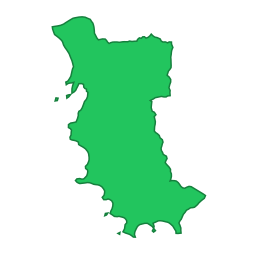 Porto Alegre, Rio Grande do Sul, Brazil, rotated 3°
{"feature_id": "56859067B13821039974926", "entity_name": "Porto Alegre", "entity_type": "district", "adm_level": 2, "iso_a3": "BRA", "parent_name": "Brazil", "parent_adm1": "Rio Grande do Sul", "projection": "albers", "projection_center": [-51.167, -30.1], "detail": "fine", "context": "isolated", "style": "filled", "palette": "green", "viewbox_px": 256, "rotation_deg": 3, "n_neighbors": 0, "source": "geoboundaries", "source_scale": "gbopen_adm2", "svg_char_len": 4193}
<svg xmlns="http://www.w3.org/2000/svg" viewBox="0 0 256 256"><g transform="rotate(3 128 128)"><path d="M168.6,45.2L167.1,42.0L166.9,39.9L164.6,39.9L163.1,40.9L160.9,40.1L158.3,40.3L156.6,39.4L155.5,37.4L152.4,36.2L149.9,35.8L147.9,34.5L146.3,33.0L145.0,34.9L143.4,36.4L141.3,37.3L139.6,36.0L137.9,36.2L136.6,37.7L134.6,37.4L132.9,39.1L132.3,40.8L130.0,41.0L127.4,41.4L125.0,41.1L123.2,41.9L120.2,42.0L118.1,42.2L114.9,42.9L112.4,42.7L110.5,42.8L108.3,43.0L106.2,43.7L104.7,44.6L103.0,43.2L102.0,41.7L100.6,40.4L97.9,40.4L93.8,41.5L92.2,39.7L90.6,36.9L89.5,35.1L89.3,32.7L88.7,29.0L88.1,26.9L87.4,25.1L86.1,23.6L84.6,21.5L81.5,20.4L79.4,19.6L76.4,19.4L73.2,19.8L69.4,20.7L67.3,21.3L64.4,23.2L60.1,26.2L58.3,27.6L55.3,29.0L52.3,29.8L49.3,30.4L47.1,30.9L47.5,33.0L48.7,36.0L49.8,38.5L52.5,40.3L54.7,41.9L57.3,44.2L58.3,45.8L59.3,48.5L61.0,51.1L62.8,53.3L65.3,56.8L66.8,60.2L68.5,63.7L69.3,66.1L70.4,69.8L69.6,71.6L69.2,73.5L68.8,76.0L68.2,79.4L66.7,82.3L65.4,84.4L63.5,85.4L64.1,88.0L65.6,86.8L67.3,86.2L69.4,85.9L71.5,85.2L70.5,88.6L70.0,91.8L70.1,94.3L70.2,96.2L72.4,94.7L73.8,93.1L74.6,91.1L75.7,88.7L76.6,86.3L79.5,86.1L81.3,86.8L81.7,89.5L82.9,90.8L84.5,91.4L84.6,93.4L86.1,94.5L86.0,96.5L85.9,98.9L84.9,101.6L83.2,103.8L82.2,107.2L81.1,110.5L79.8,112.8L78.1,113.9L77.5,115.9L77.7,118.2L77.0,121.4L75.8,124.7L72.6,125.6L70.4,126.1L68.4,127.7L68.5,130.7L70.4,131.6L71.7,133.1L71.5,135.0L71.5,138.0L70.5,140.2L71.0,142.3L72.7,142.9L75.0,143.2L76.9,143.6L79.2,144.7L79.6,147.1L81.4,148.1L83.3,149.0L84.9,149.9L86.7,151.1L89.0,153.7L90.0,155.7L90.7,159.4L90.8,162.1L90.3,163.9L89.4,166.4L87.5,168.5L87.8,170.7L89.6,171.8L90.1,173.6L89.9,175.6L89.3,177.9L87.7,179.8L86.4,181.2L84.7,181.5L82.4,181.0L79.6,181.5L78.3,183.2L79.7,184.7L81.2,185.5L82.8,186.0L85.0,185.6L88.0,185.1L90.4,184.6L92.9,184.7L95.1,185.4L96.7,186.0L98.6,186.2L100.6,186.3L102.5,186.7L104.9,188.0L106.8,190.1L108.0,192.1L108.0,194.1L107.6,196.5L105.9,198.6L107.5,200.8L110.0,200.7L111.8,199.9L113.6,200.4L115.6,201.6L116.9,203.9L116.9,206.6L116.3,209.5L115.3,211.7L114.6,214.3L117.1,215.7L119.0,217.0L121.9,217.1L123.6,216.7L125.3,217.0L127.4,217.4L129.2,218.0L130.5,219.2L131.5,220.6L131.7,222.8L130.2,224.6L129.8,228.9L128.4,231.9L131.0,233.0L133.0,233.5L135.3,234.2L137.2,235.3L139.0,236.6L141.0,236.6L140.0,234.0L140.3,231.2L141.4,228.4L142.6,225.8L144.6,223.9L147.1,223.1L149.8,222.3L152.4,222.2L153.9,223.0L155.6,224.0L157.4,225.1L158.9,226.9L159.2,224.7L158.0,221.8L161.1,220.2L162.9,219.2L164.8,218.9L167.0,219.0L168.7,219.3L170.7,219.7L172.5,220.0L174.0,220.6L175.6,221.7L177.9,223.6L179.5,226.0L181.2,228.4L181.5,230.7L183.4,230.7L186.5,230.2L186.1,227.5L186.0,225.1L184.9,222.3L183.8,220.2L184.8,217.9L186.0,216.2L186.8,214.0L187.8,211.3L189.4,209.2L190.7,207.0L192.6,205.9L194.6,204.4L197.0,204.1L198.6,203.6L200.0,202.3L201.5,200.8L202.5,199.3L204.4,197.3L205.9,195.9L207.9,194.2L208.9,191.4L206.5,189.9L198.1,185.4L196.6,184.6L194.2,183.3L192.0,183.1L189.5,184.2L187.9,185.2L185.7,184.9L183.9,183.6L182.6,181.8L181.1,180.0L179.1,178.5L177.4,178.2L174.6,178.2L172.8,178.7L173.4,176.9L173.9,174.0L173.7,171.5L172.7,169.4L172.6,167.0L171.0,164.8L168.4,162.3L167.0,160.7L167.5,158.7L168.6,156.5L167.8,154.1L166.0,153.3L164.5,152.4L163.8,150.6L162.5,148.7L162.1,146.4L162.7,144.2L163.1,142.0L163.7,140.3L162.9,137.9L160.5,136.1L159.6,133.8L157.7,132.2L156.1,131.3L154.5,129.8L154.5,127.5L154.5,125.3L154.9,122.8L155.0,120.3L154.5,118.4L153.6,115.3L155.2,113.3L153.5,110.9L151.3,110.0L150.1,106.5L150.2,103.7L150.4,100.4L148.8,99.4L150.3,98.5L151.9,97.6L153.6,96.3L155.9,95.7L157.8,95.2L159.7,94.7L162.4,95.1L164.4,95.0L165.9,93.9L168.4,93.5L168.0,90.4L168.1,88.3L166.8,85.7L167.4,82.5L168.2,79.9L168.1,77.3L166.4,74.9L164.3,73.3L164.8,71.3L165.4,69.1L166.8,67.2L167.8,65.5L167.8,63.3L167.6,61.2L167.3,57.5L167.0,55.1L167.3,52.1L167.4,49.6L167.7,47.7L168.6,45.2ZM67.2,100.0L68.9,97.6L66.6,98.1L65.0,98.8L65.4,101.4L67.2,100.0ZM158.9,226.9L157.7,229.5L159.0,230.6L160.8,229.1L158.9,226.9ZM56.0,104.3L56.6,101.9L54.5,101.7L53.8,104.8L56.0,104.3ZM111.1,216.0L112.3,214.0L109.9,214.5L109.4,216.8L111.1,216.0ZM125.4,232.7L123.5,233.8L125.2,234.6L125.4,232.7Z" fill="#22c55e" stroke="#15803d" stroke-width="1.5"/></g></svg>